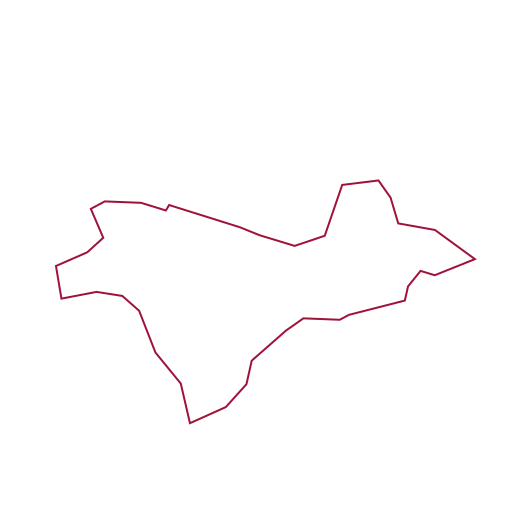 Daedeok-gu, Daejeon, South Korea, rotated 242°
{"feature_id": "91817680B29564477042831", "entity_name": "Daedeok-gu", "entity_type": "district", "adm_level": 2, "iso_a3": "KOR", "parent_name": "South Korea", "parent_adm1": "Daejeon", "projection": "mercator", "projection_center": [127.445, 36.4], "detail": "fine", "context": "isolated", "style": "outline", "palette": "rose", "viewbox_px": 512, "rotation_deg": 242, "n_neighbors": 0, "source": "geoboundaries", "source_scale": "gbopen_adm2", "svg_char_len": 607}
<svg xmlns="http://www.w3.org/2000/svg" viewBox="0 0 512 512"><g transform="rotate(242 256 256)"><path d="M139.4,119.2L136.8,158.5L147.3,187.4L165.6,203.1L176.1,247.6L178.7,268.6L160.4,300.0L160.4,310.5L146.8,366.5L157.8,376.0L165.6,394.3L155.1,404.8L150.5,447.8L195.0,426.2L218.0,396.9L244.2,402.2L265.2,399.6L278.3,365.5L241.6,326.2L246.8,294.8L273.0,268.6L288.7,255.5L341.8,203.2L338.5,197.8L356.9,179.5L375.2,148.1L375.2,132.3L343.8,129.7L338.5,108.8L341.1,74.7L309.7,64.2L299.2,98.3L283.5,119.2L262.5,127.1L218.0,121.9L178.7,129.7L139.4,119.2Z" fill="none" stroke="#9f1239" stroke-width="2"/></g></svg>